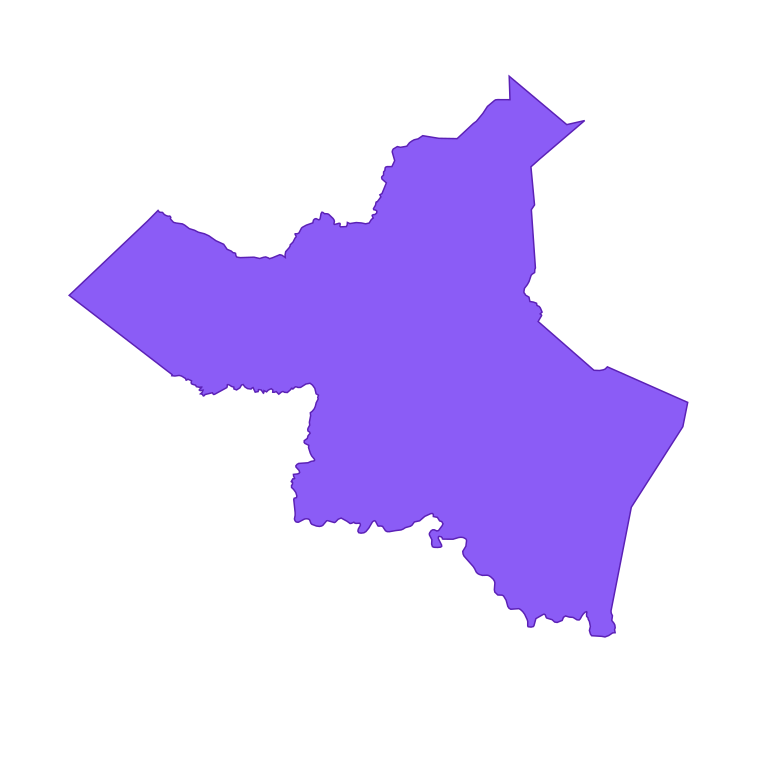 outline of Esquias, Comayagua, Honduras, rotated 81°
{"feature_id": "27666195B47131670478697", "entity_name": "Esquias", "entity_type": "district", "adm_level": 2, "iso_a3": "HND", "parent_name": "Honduras", "parent_adm1": "Comayagua", "projection": "natural_earth1", "projection_center": [-87.395, 14.652], "detail": "fine", "context": "isolated", "style": "filled", "palette": "violet", "viewbox_px": 768, "rotation_deg": 81, "n_neighbors": 0, "source": "geoboundaries", "source_scale": "gbopen_adm2", "svg_char_len": 6167}
<svg xmlns="http://www.w3.org/2000/svg" viewBox="0 0 768 768"><g transform="rotate(81 384 384)"><path d="M247.2,681.1L341.6,591.8L342.6,592.3L343.4,589.3L343.5,585.0L344.4,582.8L347.6,579.1L349.2,578.9L349.3,578.4L348.6,576.9L350.7,573.6L352.6,574.3L353.6,574.1L354.2,573.4L355.7,570.3L357.3,569.7L358.3,567.0L358.5,564.5L358.8,564.6L360.5,567.1L361.1,567.4L361.8,566.6L361.8,563.7L363.8,564.9L365.0,566.8L365.7,565.1L367.5,564.3L367.4,563.4L366.4,562.3L365.8,554.9L367.6,554.1L367.7,553.0L363.0,539.9L362.4,539.4L360.3,538.9L360.1,538.3L360.8,536.9L362.6,534.9L363.6,532.8L365.4,533.0L366.8,530.5L365.2,526.9L362.7,524.9L362.5,523.2L365.1,521.9L367.2,519.5L368.2,516.1L367.1,514.6L367.0,513.9L371.9,512.5L371.8,509.5L370.0,508.9L369.9,508.5L370.7,506.2L374.2,504.6L373.9,504.1L371.8,503.6L373.4,501.2L371.9,499.2L371.0,496.1L372.6,494.7L374.7,495.2L375.0,493.8L374.7,491.6L377.6,489.5L375.9,486.6L375.6,485.5L375.8,484.5L376.6,483.7L377.3,480.8L375.0,477.2L373.8,476.1L373.8,475.6L374.4,475.4L374.7,474.8L372.9,472.0L373.2,470.8L374.0,469.5L374.3,466.9L371.8,461.1L371.7,456.9L373.9,454.8L377.5,453.0L383.0,452.6L384.8,450.5L387.1,451.6L388.4,451.3L391.9,453.9L395.3,455.3L397.6,456.8L399.6,459.0L400.9,461.3L403.8,461.4L410.1,463.7L413.0,463.8L415.9,466.0L417.3,466.5L418.6,466.4L419.9,465.0L421.1,464.7L423.2,467.1L425.8,468.3L427.4,471.6L429.2,472.0L430.3,471.4L432.8,467.9L435.0,468.5L440.9,467.6L443.7,466.7L447.2,464.6L448.3,464.4L449.0,465.2L449.0,468.1L449.9,471.4L449.1,480.7L449.8,482.5L451.1,483.9L452.3,483.9L456.1,481.4L458.1,481.1L458.9,481.9L459.3,483.4L459.1,487.6L460.9,487.7L463.2,487.0L463.6,487.7L463.4,488.9L465.9,490.9L466.3,490.7L466.4,489.9L467.2,489.7L469.1,490.3L469.6,491.2L471.7,491.5L474.0,489.8L477.3,488.1L480.9,487.6L482.5,488.2L482.8,490.6L483.9,491.2L497.2,491.9L499.8,492.3L503.3,493.6L505.1,493.3L506.4,492.5L506.9,491.4L507.1,490.0L505.0,483.8L504.9,482.1L505.3,480.5L505.8,479.4L506.7,478.7L510.1,478.0L511.3,477.2L513.7,473.0L514.6,470.0L514.5,467.9L514.0,466.5L510.1,462.0L510.2,460.9L513.1,454.7L512.8,453.6L510.4,450.4L509.7,447.3L513.7,442.1L516.5,439.3L516.5,437.8L515.8,435.4L516.6,434.9L517.3,433.5L517.7,429.8L518.8,429.3L519.9,429.5L523.3,432.1L525.2,432.8L526.9,432.2L527.7,430.1L527.8,427.1L526.9,424.9L524.0,421.6L518.4,417.0L517.7,415.7L517.6,414.5L518.5,413.8L523.2,412.2L523.6,411.3L523.7,409.5L524.4,407.7L529.2,405.5L530.3,404.0L530.7,401.9L530.6,395.4L530.8,390.0L530.3,387.8L529.2,385.3L528.6,380.1L527.8,378.4L525.0,375.6L524.7,370.2L521.1,364.4L519.4,358.3L519.4,356.6L520.4,355.7L522.6,356.0L524.1,352.1L527.9,350.5L528.9,348.5L531.3,347.6L533.0,348.7L537.3,353.1L537.4,354.8L535.9,357.1L535.6,358.6L536.2,360.3L538.0,362.1L539.1,362.7L540.3,362.7L545.3,361.1L549.6,362.0L552.2,361.6L553.1,360.2L553.8,356.7L554.0,353.8L553.5,352.5L552.1,352.3L545.2,354.5L543.7,354.3L543.1,353.5L543.9,351.3L545.0,350.6L546.2,350.5L546.5,349.6L548.1,340.1L547.3,334.2L547.4,332.0L548.0,329.8L549.7,327.5L550.7,327.0L551.8,327.0L557.0,328.5L561.6,332.4L564.3,332.5L566.5,331.9L578.3,324.4L580.8,323.3L584.0,322.4L585.7,321.3L586.9,319.8L588.4,316.8L589.0,312.1L589.5,310.7L591.0,308.9L593.8,306.7L595.8,305.8L597.8,305.6L604.5,307.2L606.9,307.1L610.2,304.6L611.0,300.4L612.0,299.1L616.7,297.2L623.1,296.5L625.2,295.5L626.3,294.0L627.0,285.9L628.1,284.5L630.5,282.6L633.4,281.1L639.3,279.4L641.1,279.2L645.5,279.9L646.3,279.6L647.1,276.8L646.9,274.4L646.0,273.6L639.5,270.7L636.4,262.5L636.5,261.6L637.1,260.9L640.0,260.3L640.7,259.8L643.1,254.8L645.8,252.7L646.6,250.3L645.4,245.0L642.5,243.2L641.5,241.0L643.2,237.5L644.1,233.8L647.1,230.3L647.6,228.2L646.7,226.9L644.1,224.9L642.1,222.9L640.8,221.0L640.6,219.5L641.1,219.3L643.1,220.0L645.2,220.2L646.9,219.1L648.4,219.1L650.7,218.3L655.8,218.1L659.6,219.7L663.3,219.2L665.1,218.3L667.3,208.4L668.4,205.3L667.6,201.4L665.6,197.1L665.8,194.6L662.6,194.7L661.0,193.8L658.2,193.7L656.3,194.3L653.2,196.0L648.6,194.6L646.0,195.4L643.7,195.3L544.4,159.0L472.9,95.5L449.7,86.9L402.0,160.7L403.8,163.2L404.3,165.1L404.4,168.9L403.3,174.5L346.4,222.0L341.0,217.6L340.4,217.7L339.2,218.8L337.7,216.6L333.3,217.7L331.7,218.6L330.4,220.6L328.1,220.7L326.5,223.5L325.3,227.0L320.9,227.2L318.2,230.4L317.0,230.7L315.9,231.4L314.8,231.4L311.5,230.3L308.3,226.9L305.5,224.7L299.7,221.7L298.7,220.5L297.5,217.8L294.4,217.1L293.1,216.3L234.9,211.2L230.7,207.3L192.5,204.9L186.1,195.0L155.2,144.6L156.4,162.9L99.6,212.2L122.9,215.1L120.9,227.4L120.8,229.3L121.3,230.6L126.0,238.4L132.2,244.0L139.0,251.7L140.7,255.0L153.1,273.4L149.9,291.5L144.8,306.9L147.2,312.0L147.5,316.0L148.4,318.5L149.7,321.1L152.7,324.3L152.8,330.7L151.6,333.7L153.3,338.0L154.5,339.0L156.0,339.6L165.1,338.5L170.5,342.2L169.8,347.0L170.0,348.3L170.6,349.0L173.3,349.8L174.4,351.2L177.6,351.8L178.9,353.7L179.9,354.1L181.5,353.8L185.7,350.2L195.6,356.2L196.5,358.5L198.7,357.8L203.0,362.2L202.9,363.0L203.2,363.4L206.0,364.4L209.2,367.0L210.2,366.9L211.0,365.0L212.1,364.0L214.0,364.5L215.1,366.3L215.1,368.2L215.4,369.1L215.9,369.4L218.4,368.7L219.5,370.7L222.7,373.5L222.9,377.1L221.4,381.1L220.2,386.2L220.2,392.6L218.7,394.9L221.2,395.5L222.6,396.6L222.0,402.3L221.0,402.9L219.1,402.2L218.4,402.5L218.2,403.4L218.7,407.7L218.5,408.2L217.7,408.3L215.5,407.5L213.8,407.8L212.3,408.6L207.6,412.2L206.9,413.7L206.5,416.1L205.0,417.5L204.6,418.4L205.8,419.5L210.6,421.2L211.5,421.9L211.6,422.8L210.0,425.3L210.2,426.8L211.1,428.0L213.7,429.1L214.9,435.8L216.4,440.0L217.1,441.1L221.6,444.5L222.0,446.1L221.7,448.2L222.5,448.4L224.0,447.7L224.9,447.8L226.0,449.1L229.6,451.7L231.9,454.9L233.0,455.1L234.4,456.2L237.9,460.4L241.0,461.5L243.6,461.7L240.8,464.7L240.0,466.7L241.9,474.6L242.3,477.6L241.5,478.3L240.0,480.9L240.0,483.2L240.6,487.1L238.4,492.6L236.7,506.2L236.0,508.5L235.4,509.7L233.9,510.2L231.7,510.2L231.1,511.1L230.7,512.5L228.8,514.1L226.4,517.9L220.9,520.5L216.2,527.6L210.2,533.8L207.5,537.9L205.0,543.7L202.5,547.1L200.1,552.0L195.9,556.0L194.3,558.1L192.5,564.1L191.4,566.6L187.9,568.9L187.2,569.1L186.1,568.5L185.0,568.9L184.6,569.5L184.5,571.1L183.3,573.2L182.2,574.5L179.9,575.9L179.2,578.9L177.2,580.0L186.1,592.1L247.2,681.1Z" fill="#8b5cf6" stroke="#5b21b6" stroke-width="1.5"/></g></svg>